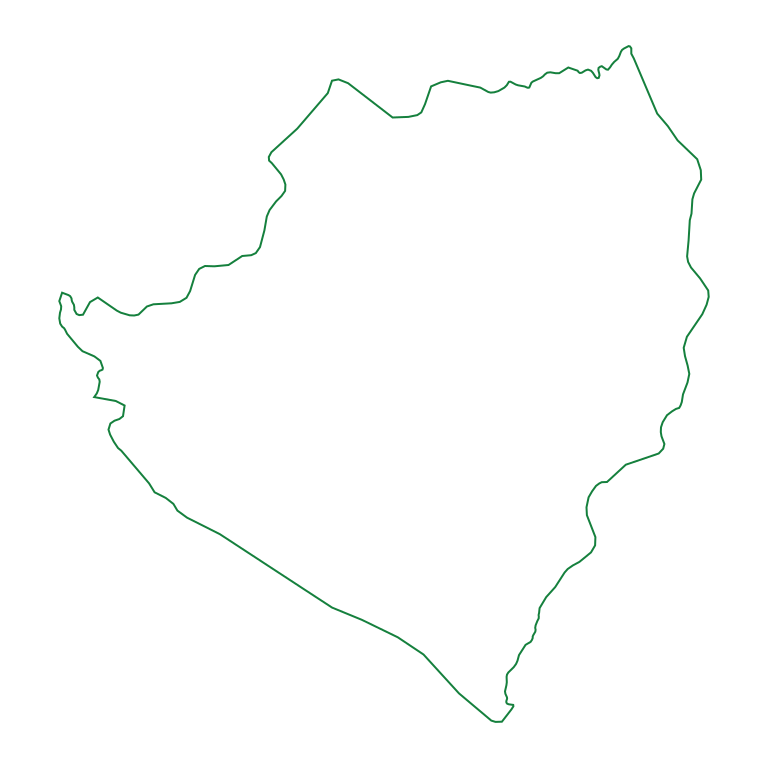 map outline of At-Ta'mim (Equal Earth projection)
{"feature_id": "IRQ-3049", "entity_name": "At-Ta'mim", "entity_type": "Province", "adm_level": 1, "iso_a3": "IRQ", "parent_name": "Iraq", "parent_adm1": "", "projection": "equal_earth", "projection_center": [44.125, 35.305], "detail": "fine", "context": "isolated", "style": "outline", "palette": "green", "viewbox_px": 768, "rotation_deg": 0, "n_neighbors": 0, "source": "natural_earth", "source_scale": "10m", "svg_char_len": 3240}
<svg xmlns="http://www.w3.org/2000/svg" viewBox="0 0 768 768"><path d="M633.8,58.4L657.2,113.6L667.9,126.2L677.6,140.4L697.2,159.2L700.8,170.2L701.2,179.6L694.1,193.4L692.4,199.3L691.5,213.6L689.8,220.2L688.6,240.3L687.1,256.4L688.1,261.9L691.0,267.5L700.1,278.4L708.2,290.5L708.7,296.9L706.6,304.7L702.3,314.2L686.9,336.8L683.7,347.8L685.0,356.1L687.6,365.5L689.3,373.9L687.5,382.5L683.0,394.4L681.8,402.0L680.6,405.4L679.2,407.9L676.0,408.9L672.1,411.3L667.0,415.2L662.7,422.2L661.0,427.3L660.8,432.1L661.5,436.3L664.4,444.0L663.2,448.7L658.7,453.5L625.8,464.7L607.0,482.0L601.7,482.2L599.2,483.5L596.0,485.9L592.1,491.3L588.6,497.3L586.5,507.3L586.9,515.2L595.4,537.1L595.1,545.4L591.0,552.4L579.4,561.9L572.9,565.4L567.7,569.0L564.6,572.5L555.2,587.1L546.2,597.1L539.6,608.1L539.1,612.8L538.8,614.1L538.6,615.1L538.8,616.5L538.7,618.4L537.3,621.1L535.6,625.4L535.4,626.8L535.2,627.8L535.6,629.8L535.3,631.7L533.3,635.1L532.7,636.5L532.7,638.0L532.0,639.8L530.6,641.9L525.6,644.8L519.0,655.1L517.5,660.7L516.1,663.9L513.7,667.2L508.3,672.5L507.0,674.6L506.6,676.8L506.8,682.3L506.4,685.3L505.0,691.4L505.4,693.8L507.0,697.4L507.1,698.7L506.3,701.2L506.4,702.6L507.2,703.7L508.8,704.3L513.2,704.9L513.4,706.3L511.5,709.3L501.9,721.7L495.5,721.9L491.3,720.6L459.0,693.4L423.5,654.5L397.8,637.3L361.8,619.8L332.1,607.6L304.4,589.5L219.9,534.2L187.1,517.7L177.4,510.6L173.4,503.9L165.7,497.9L154.6,492.3L149.1,483.4L121.3,450.7L118.0,448.0L113.8,441.7L110.1,434.6L108.5,429.6L110.4,423.5L114.5,420.7L119.4,419.0L123.0,416.2L124.6,405.5L115.8,401.0L94.2,397.1L96.8,393.4L98.2,390.0L99.7,381.8L99.3,379.4L97.9,377.6L97.0,375.5L98.3,372.0L99.8,370.7L101.3,370.2L102.5,369.6L102.9,368.0L100.4,360.9L94.4,356.4L82.5,351.2L77.8,346.7L67.1,333.8L65.0,329.6L64.1,328.2L62.1,326.6L60.2,323.6L59.3,318.3L60.0,312.7L61.0,309.4L61.2,306.2L59.3,301.1L62.1,292.7L68.5,295.1L70.2,296.2L71.5,298.4L71.7,300.2L72.2,301.8L73.9,304.8L74.3,307.3L74.3,309.9L76.6,314.0L79.2,315.1L83.0,314.7L90.0,302.1L97.8,297.5L116.8,310.6L120.8,312.7L129.7,315.3L134.2,315.5L138.5,314.6L146.9,306.5L153.4,304.3L171.5,303.3L179.8,301.9L186.5,297.8L190.1,291.1L195.1,274.9L199.2,268.9L205.0,266.0L214.4,266.3L228.5,265.0L242.2,256.0L251.2,255.2L255.8,253.1L260.0,247.1L264.4,230.4L266.8,216.5L269.6,210.0L276.1,201.4L281.5,196.0L285.1,190.9L285.4,184.6L283.7,179.5L281.1,174.4L271.8,163.1L269.1,160.6L268.8,157.0L271.4,152.2L297.3,128.6L327.8,93.1L332.0,80.7L338.5,79.4L348.1,83.2L392.6,117.5L408.4,116.9L417.3,115.1L421.3,112.4L425.0,104.2L431.1,86.4L440.8,82.3L447.9,80.8L471.1,85.7L480.3,87.6L488.3,92.0L490.7,92.6L494.2,92.3L498.3,91.1L504.4,87.6L506.8,85.2L508.9,81.8L510.5,81.7L515.7,84.5L518.1,85.3L524.8,86.5L526.7,87.4L528.0,87.8L529.3,87.5L531.4,82.7L532.9,81.5L540.8,77.9L543.1,76.3L544.9,74.4L547.2,72.7L550.3,72.3L555.6,73.2L559.2,73.2L568.3,67.5L577.6,70.7L578.7,72.2L579.9,73.0L581.8,72.7L585.5,70.4L588.0,69.6L591.1,70.8L592.9,72.8L595.6,77.1L597.2,78.2L598.7,77.9L599.5,75.3L599.2,73.4L598.7,71.6L598.3,69.7L598.6,67.9L600.2,66.7L601.8,66.2L606.3,69.4L608.0,69.7L610.1,67.3L611.8,64.7L614.2,61.9L617.8,58.8L619.3,56.0L620.9,51.8L622.1,49.9L624.0,48.5L628.6,46.1L629.9,46.4L631.3,48.3L631.3,53.7L633.8,58.4Z" fill="none" stroke="#15803d" stroke-width="2"/></svg>